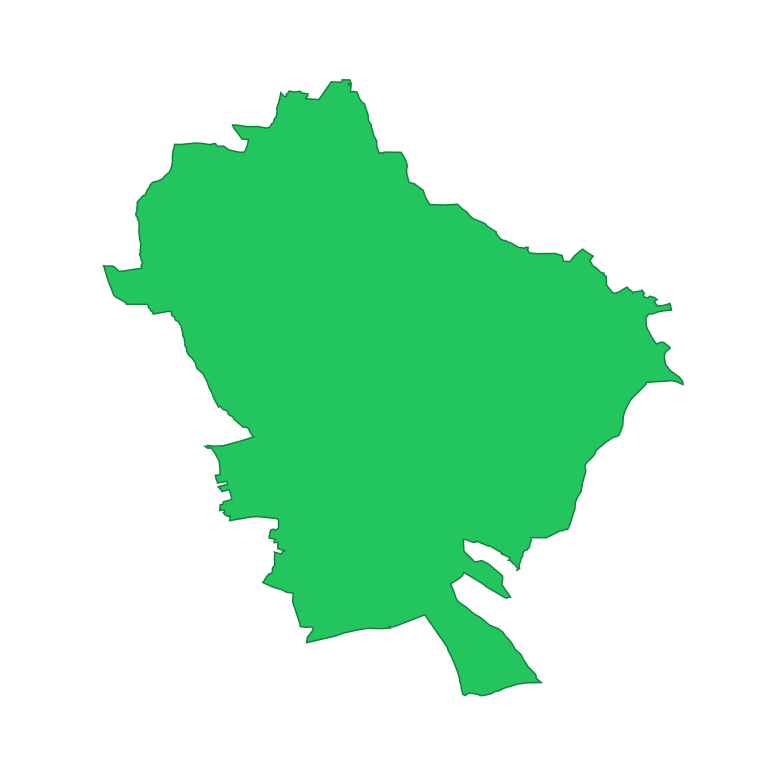 outline of Madulari, Vâlcea, Romania, rotated 9°
{"feature_id": "2599482B97246339752941", "entity_name": "Madulari", "entity_type": "district", "adm_level": 2, "iso_a3": "ROU", "parent_name": "Romania", "parent_adm1": "Vâlcea", "projection": "natural_earth1", "projection_center": [24.096, 44.675], "detail": "fine", "context": "isolated", "style": "filled", "palette": "green", "viewbox_px": 768, "rotation_deg": 9, "n_neighbors": 0, "source": "geoboundaries", "source_scale": "gbopen_adm2", "svg_char_len": 6153}
<svg xmlns="http://www.w3.org/2000/svg" viewBox="0 0 768 768"><g transform="rotate(9 384 384)"><path d="M513.1,679.0L515.2,676.6L516.6,675.8L524.8,675.8L528.2,676.7L531.4,676.0L538.5,673.0L542.5,669.7L544.4,669.7L550.5,665.5L563.4,659.3L572.2,656.7L586.0,654.3L581.5,651.5L580.4,650.4L579.3,647.2L570.6,640.8L564.8,634.3L561.7,629.9L554.9,625.4L551.8,621.2L548.0,617.4L543.0,613.7L540.3,610.5L535.0,607.8L525.7,605.5L515.7,599.5L508.7,596.9L500.1,591.6L491.9,587.7L489.0,584.9L484.6,576.6L481.0,571.0L488.4,564.6L491.5,561.1L492.3,557.6L511.4,565.3L518.1,568.8L534.8,575.3L538.5,576.4L540.8,574.9L542.3,574.7L531.7,563.7L531.7,557.6L530.9,554.8L515.8,545.6L508.2,543.1L501.7,545.7L489.1,536.6L486.7,525.2L489.8,524.9L496.2,526.4L498.4,526.2L499.6,525.5L499.8,524.7L512.6,527.8L513.3,527.1L526.8,532.3L526.4,533.3L535.4,535.8L535.2,538.0L534.6,538.5L536.2,538.5L540.0,541.4L541.2,541.7L545.4,545.7L543.8,547.8L546.8,545.1L545.6,540.8L546.5,538.8L546.6,535.0L547.9,532.7L547.6,528.7L549.0,526.5L551.4,525.3L553.3,521.8L553.0,518.7L553.9,515.7L552.9,512.8L568.2,510.5L580.7,501.7L583.6,500.8L587.0,498.7L588.1,499.0L589.5,493.9L592.1,477.4L591.5,471.1L592.9,465.1L595.4,459.5L595.6,449.6L596.9,439.5L596.9,438.2L595.4,433.8L595.7,431.9L596.7,429.6L601.8,423.0L603.2,419.8L603.6,417.2L604.8,415.3L611.9,407.1L618.4,401.1L622.7,399.1L624.3,397.5L626.3,387.9L625.5,378.9L626.2,372.7L629.1,363.5L631.0,359.5L642.2,344.2L643.4,341.2L667.9,335.7L672.7,335.9L679.4,337.8L679.1,335.8L678.2,334.4L674.7,331.1L664.6,325.9L659.1,320.6L656.8,314.2L656.5,310.8L657.5,307.9L661.0,304.0L660.8,303.1L653.8,299.2L651.1,299.4L646.6,301.9L640.8,295.5L635.2,287.9L633.9,285.2L633.5,282.2L632.3,279.0L633.1,276.1L634.7,273.3L638.1,272.8L643.8,269.7L649.3,267.8L656.4,266.0L653.9,259.7L649.2,262.1L644.5,263.7L642.1,263.6L641.6,264.3L638.0,260.1L640.6,258.0L637.7,256.4L632.8,255.7L631.0,257.9L627.8,257.3L626.2,256.0L626.0,255.0L626.9,254.2L626.8,253.5L624.1,250.9L623.3,251.9L617.1,253.8L615.7,255.1L614.1,253.4L610.9,252.1L608.9,250.2L601.4,256.5L598.2,258.0L595.9,258.3L588.4,251.6L586.5,242.7L585.0,243.0L583.7,240.1L580.7,239.9L575.3,236.1L571.6,234.5L569.7,231.7L567.7,230.3L570.6,225.0L564.4,222.5L559.0,219.7L552.3,227.3L548.4,234.1L542.0,234.7L539.8,229.2L532.6,228.3L515.6,231.2L507.5,231.9L504.4,228.8L505.2,227.7L504.9,226.4L502.7,226.8L501.0,228.1L498.4,227.7L495.9,228.2L487.8,225.0L483.7,224.3L481.7,223.3L479.2,223.5L475.9,222.2L471.1,217.7L471.2,216.3L461.7,212.2L458.5,209.7L446.2,206.7L442.8,204.7L439.1,201.4L433.5,198.5L428.5,194.9L416.8,197.6L401.1,199.6L395.4,192.7L392.5,186.6L382.4,181.4L377.2,180.9L373.5,172.4L372.7,168.3L373.0,165.3L371.7,162.0L370.0,158.9L364.7,152.5L347.7,155.0L347.3,156.0L344.6,156.1L343.1,156.9L339.6,150.2L338.7,145.1L335.1,140.2L331.4,132.1L331.0,130.3L327.4,126.0L326.3,121.0L320.8,110.3L317.7,108.8L314.5,105.0L311.9,100.0L308.8,99.8L305.2,100.7L304.8,94.1L302.2,94.1L302.0,93.3L302.3,92.8L304.6,92.4L302.7,89.0L295.1,90.1L295.2,91.3L294.0,92.8L284.6,93.8L275.2,113.3L262.0,114.4L261.9,113.4L263.6,111.8L263.5,109.3L256.9,109.5L256.3,109.3L256.0,108.2L254.6,108.1L250.4,109.6L244.4,109.6L243.9,110.1L243.8,112.1L242.2,112.8L242.6,114.9L242.0,115.5L240.0,115.4L236.6,112.4L236.1,121.4L234.9,128.4L235.9,131.9L235.7,137.0L234.2,139.4L234.2,141.9L233.6,143.6L232.0,144.9L232.0,146.1L230.8,148.4L227.0,149.7L219.3,149.4L208.7,151.2L196.5,151.4L193.9,151.9L195.6,154.8L201.2,159.8L205.3,164.3L212.0,163.8L211.6,170.2L210.0,176.8L205.5,177.7L194.1,177.1L188.5,174.1L183.0,175.3L180.9,174.4L180.4,173.3L179.4,172.9L174.5,174.8L165.0,174.9L159.7,175.6L146.0,179.2L139.6,180.1L139.8,183.4L139.2,185.8L139.4,192.8L140.3,197.0L140.3,201.7L139.5,206.4L138.5,208.8L135.2,212.4L132.9,216.3L128.0,219.4L124.5,220.6L123.4,221.7L121.8,223.9L121.7,226.2L119.9,229.0L118.7,234.6L117.1,235.2L115.5,237.0L115.3,238.3L113.7,239.8L111.8,243.4L112.3,244.9L112.4,249.3L113.0,250.7L112.2,254.8L113.0,256.9L114.4,257.8L115.0,260.4L116.4,261.4L117.4,265.7L117.9,270.8L119.8,278.4L121.9,283.8L122.4,288.6L122.0,290.2L123.5,291.9L122.3,293.2L122.3,294.7L123.5,295.9L124.9,299.7L126.5,301.8L125.6,305.2L126.6,307.5L105.5,314.2L104.2,314.0L99.7,310.7L96.9,309.9L92.7,310.9L88.6,311.0L94.9,324.3L103.1,338.4L105.4,340.0L115.0,343.5L116.2,344.2L117.0,345.6L137.8,342.4L138.9,343.2L139.6,345.7L141.2,346.5L142.1,348.0L143.8,349.0L145.3,351.0L159.8,345.9L162.7,345.8L163.4,349.1L167.1,351.4L167.4,352.6L168.5,353.8L171.1,354.7L174.3,358.3L177.1,365.0L177.6,367.7L179.6,370.1L180.1,372.5L180.9,373.7L181.2,377.0L183.5,379.8L183.9,382.6L186.9,386.3L190.4,388.5L194.4,392.7L196.6,397.7L203.6,402.2L208.7,409.1L211.9,415.0L215.5,419.9L218.4,425.1L224.2,432.7L225.8,431.6L228.9,434.3L232.8,435.0L233.6,435.6L234.7,437.8L236.4,439.0L239.8,440.0L241.4,442.3L251.6,448.6L255.6,448.3L257.6,450.0L259.0,452.4L261.1,454.2L261.6,455.3L263.6,456.5L252.5,462.2L234.7,470.2L225.9,472.1L219.7,472.2L219.9,472.9L217.1,473.6L219.8,475.0L223.4,474.2L227.4,478.2L233.4,486.2L235.9,496.6L236.0,499.5L231.7,500.6L233.2,504.4L234.4,506.0L234.9,507.8L244.1,504.8L245.2,507.6L236.3,511.5L238.3,513.3L239.8,513.8L240.6,515.5L247.7,512.7L250.7,518.9L251.6,522.0L244.1,525.3L243.7,525.8L244.0,527.8L241.1,528.9L241.6,530.0L241.1,531.3L241.5,534.6L243.8,533.8L246.1,533.8L246.5,535.9L245.5,536.4L246.4,537.2L250.1,539.3L252.8,538.5L252.9,543.1L274.3,535.9L280.9,534.6L299.5,533.7L300.9,534.8L301.4,536.0L302.3,543.0L299.6,545.3L297.5,544.7L295.4,545.5L294.6,547.7L294.5,554.1L300.6,554.2L300.2,557.9L304.1,557.0L304.8,563.2L312.0,564.3L309.8,565.9L309.3,568.1L302.1,567.2L302.7,568.3L303.0,573.4L304.4,579.3L304.4,580.5L303.0,582.2L302.6,584.5L303.2,586.1L302.5,588.2L301.4,589.3L300.1,589.4L299.6,590.9L298.8,591.3L295.4,599.1L306.0,601.9L316.5,603.4L320.0,604.9L327.0,604.8L328.0,613.7L338.5,634.1L339.2,636.6L345.0,636.6L350.2,635.2L352.0,635.9L352.4,638.1L348.0,646.0L347.9,651.7L376.0,640.2L383.2,636.2L397.8,630.5L405.8,627.9L419.8,626.0L428.4,624.0L427.5,622.6L428.5,623.0L432.0,622.1L460.4,605.5L487.6,634.0L488.8,636.7L494.6,644.8L501.4,656.3L504.3,662.1L505.6,666.7L507.2,669.2L508.2,673.2L510.5,678.3L513.1,679.0Z" fill="#22c55e" stroke="#15803d" stroke-width="1.5"/></g></svg>